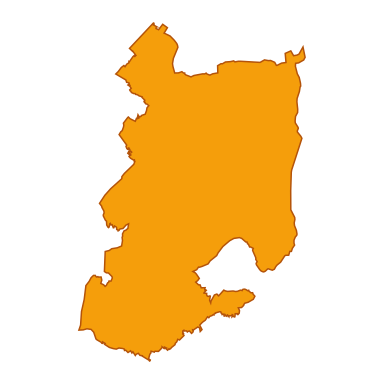 outline of Soledad Atzompa, Veracruz, Mexico
{"feature_id": "50627088B15412930906672", "entity_name": "Soledad Atzompa", "entity_type": "district", "adm_level": 2, "iso_a3": "MEX", "parent_name": "Mexico", "parent_adm1": "Veracruz", "projection": "robinson", "projection_center": [-97.186, 18.707], "detail": "fine", "context": "isolated", "style": "filled", "palette": "amber", "viewbox_px": 384, "rotation_deg": 0, "n_neighbors": 0, "source": "geoboundaries", "source_scale": "gbopen_adm2", "svg_char_len": 6002}
<svg xmlns="http://www.w3.org/2000/svg" viewBox="0 0 384 384"><path d="M113.3,348.6L116.3,349.1L118.9,348.0L122.7,348.5L124.2,349.0L124.5,350.5L125.7,350.2L128.0,352.5L130.6,350.8L131.9,353.0L132.9,351.8L135.3,355.5L136.2,354.2L138.3,353.3L140.0,355.4L142.3,355.7L142.2,356.1L149.0,360.2L149.5,361.0L150.1,360.7L150.3,360.0L148.6,358.8L149.8,354.3L150.8,353.1L151.1,351.2L154.3,352.1L154.5,351.5L155.3,351.3L158.5,351.4L161.0,348.9L162.1,347.4L162.1,346.8L163.7,348.2L164.0,347.7L164.4,348.1L164.5,347.1L166.6,348.1L165.9,348.7L167.6,350.2L169.0,348.8L169.5,349.3L170.7,348.6L171.4,347.6L175.0,344.7L175.3,343.3L176.8,341.8L177.7,339.3L179.5,340.0L184.0,335.5L183.4,334.5L183.6,333.5L183.4,333.2L182.7,333.6L182.8,331.0L183.8,330.3L183.9,331.0L186.6,330.9L187.3,332.0L188.1,331.4L189.5,331.0L191.5,333.4L192.8,332.3L193.3,330.9L192.7,330.3L192.6,329.7L193.5,329.9L197.8,327.0L199.6,327.9L200.2,331.5L202.0,329.6L199.7,325.1L202.5,322.2L205.3,320.2L207.5,316.8L208.8,317.7L209.9,316.3L212.0,315.6L212.7,314.9L213.8,314.9L213.6,314.5L215.6,313.2L215.5,312.9L219.8,311.7L220.8,311.9L221.2,313.2L221.7,313.4L222.1,314.6L223.2,314.1L223.7,314.5L224.2,316.1L225.3,315.8L225.3,315.0L225.8,315.7L226.8,316.3L227.2,315.1L227.5,314.9L228.9,316.7L229.0,315.8L231.7,315.7L232.2,314.6L232.7,314.9L232.2,316.7L233.1,316.0L234.2,317.0L234.9,316.8L235.2,313.7L237.5,313.7L237.4,314.5L237.9,314.6L239.2,313.2L239.5,310.6L238.3,307.8L241.6,307.5L243.7,305.4L243.8,304.6L244.8,303.2L248.1,302.3L253.3,299.3L254.9,296.2L253.2,294.3L252.6,292.7L251.0,292.8L249.0,291.1L248.7,290.3L248.0,290.8L245.6,289.4L244.2,289.1L242.8,289.4L242.1,290.6L241.0,290.1L240.0,290.3L237.5,291.3L235.6,291.5L233.1,291.0L227.6,291.4L225.3,290.9L223.8,290.1L218.6,295.9L218.0,295.5L217.5,294.4L216.6,294.1L214.4,295.0L211.0,301.1L210.7,302.9L209.6,300.3L210.3,296.2L210.0,295.9L208.1,296.4L207.3,296.1L206.6,294.8L206.7,293.4L204.0,293.1L204.1,292.6L206.3,290.3L205.7,289.8L204.8,289.9L204.7,289.0L205.1,287.7L201.2,287.8L200.1,284.9L198.5,284.8L195.7,282.1L197.7,280.6L199.3,278.4L196.4,274.1L195.2,272.8L192.9,271.5L196.7,269.7L198.5,267.1L199.6,267.2L202.1,266.4L208.1,263.9L210.1,260.9L216.7,255.6L218.1,252.8L222.9,246.5L229.7,240.7L233.9,238.4L239.4,237.6L241.7,238.4L245.8,242.0L247.1,242.1L247.5,243.8L248.4,244.2L249.6,247.0L250.4,246.9L253.3,248.4L252.6,250.0L252.7,250.6L255.8,257.8L255.8,259.5L257.2,261.7L256.5,262.6L256.1,263.7L256.5,264.9L259.7,269.6L261.1,271.0L262.9,271.8L263.8,271.9L265.3,271.2L267.6,269.0L268.2,268.8L272.3,270.2L274.4,269.2L275.8,266.6L277.1,265.0L280.6,262.2L284.8,255.8L285.7,255.3L288.7,255.2L289.8,251.4L291.4,251.4L292.4,248.3L294.6,245.1L294.0,243.2L294.0,240.2L295.3,237.0L296.7,235.4L297.0,234.1L296.4,230.4L294.5,225.6L294.2,222.9L294.9,219.4L294.7,217.4L290.8,209.8L290.7,190.5L291.3,172.2L291.7,169.9L301.9,138.3L300.7,136.1L297.4,132.0L297.3,130.9L298.3,128.4L298.1,127.4L295.3,122.9L295.1,120.9L295.5,116.5L297.6,112.5L297.7,109.2L296.9,101.7L297.1,98.5L299.4,91.5L300.1,87.0L300.7,86.1L300.5,83.2L299.2,77.4L297.3,73.8L295.4,66.3L295.6,63.3L298.6,62.9L303.7,60.0L305.1,57.3L303.0,47.0L299.0,54.1L297.0,55.1L293.6,55.7L290.8,50.9L285.2,53.4L286.0,62.5L281.6,63.1L277.0,65.4L276.4,65.4L274.7,62.3L270.6,60.5L268.4,60.6L264.5,59.9L260.1,62.4L241.0,61.3L238.2,61.3L234.9,61.9L233.7,60.9L230.6,61.6L225.4,62.0L222.4,63.8L221.0,63.7L217.6,65.7L217.8,72.9L212.7,73.8L209.9,75.1L207.1,74.1L206.1,73.1L204.8,73.9L202.4,73.9L193.9,75.5L191.0,76.9L185.8,74.9L184.9,74.2L184.7,73.0L183.6,73.1L181.9,71.7L178.5,72.9L174.7,73.0L172.9,66.3L172.5,63.6L173.4,58.3L177.9,47.3L177.5,45.3L176.8,43.6L174.3,40.3L170.1,36.0L164.1,33.1L167.4,27.7L162.7,24.3L158.6,29.7L156.0,28.5L156.3,26.8L156.8,26.8L153.4,24.9L154.1,24.1L153.8,23.1L153.4,23.0L129.5,48.4L132.5,51.3L132.7,51.1L135.2,54.4L135.0,54.7L135.9,55.4L134.8,56.5L133.9,55.8L132.9,56.7L129.2,62.0L128.9,61.7L128.8,62.9L126.9,64.0L125.0,66.7L123.9,65.5L121.3,67.5L118.2,71.6L115.8,74.0L125.9,80.0L126.6,82.3L128.9,82.8L129.2,83.8L127.9,85.0L129.1,85.8L129.7,85.1L130.1,85.8L129.7,86.2L131.2,88.3L129.7,89.9L130.2,90.9L130.9,91.3L131.4,92.5L133.8,93.6L135.2,93.6L135.6,94.4L137.4,94.7L139.1,95.9L142.1,96.8L142.0,97.4L144.8,100.2L144.2,101.1L144.9,102.3L144.5,102.3L145.8,103.9L147.0,104.1L148.8,105.7L147.0,107.8L146.5,110.6L145.2,114.2L141.4,115.5L141.2,116.2L139.8,116.9L138.7,116.0L138.0,114.8L137.5,117.1L138.5,117.3L138.8,118.1L137.2,118.7L137.2,118.3L136.5,118.3L135.3,121.3L130.0,118.7L128.4,117.0L127.8,117.4L123.4,123.2L123.8,125.1L123.5,127.0L122.2,130.6L120.7,131.9L119.1,134.6L126.7,145.1L126.0,146.4L126.8,148.5L127.6,149.3L128.4,149.4L128.3,148.2L128.8,147.9L129.9,149.7L129.9,150.7L131.1,151.4L132.1,152.6L130.1,151.6L128.7,151.4L128.7,152.0L129.2,152.0L129.3,153.1L128.1,152.7L127.8,153.3L129.0,154.3L130.1,153.8L130.6,154.0L130.8,155.1L129.7,155.5L129.0,156.5L130.6,158.3L133.6,160.1L134.3,159.9L134.2,161.1L134.9,161.3L133.8,164.3L124.3,173.5L121.9,176.6L121.8,178.7L110.8,188.6L104.9,195.2L99.5,203.4L101.6,206.1L102.0,207.6L103.9,211.0L104.1,213.0L103.3,214.8L103.3,215.9L105.4,220.2L106.5,221.2L106.7,225.0L108.0,227.2L108.6,227.6L109.2,226.9L109.8,223.6L110.3,223.3L111.1,225.0L112.2,224.7L113.3,227.8L113.8,227.8L114.5,226.0L116.2,227.0L116.6,227.7L116.7,229.5L117.7,229.7L118.1,230.9L119.0,230.4L119.9,229.0L123.0,228.5L126.1,225.0L128.6,223.8L127.9,228.4L125.8,230.2L124.1,230.8L122.5,233.9L122.6,236.2L122.1,237.3L122.5,240.6L121.6,246.0L117.3,247.8L111.8,248.7L109.2,250.5L105.2,251.5L104.4,271.5L106.3,272.8L108.5,273.0L112.0,276.6L112.3,278.1L111.0,281.1L109.0,281.0L108.6,282.3L107.6,282.9L106.4,285.3L105.1,286.4L103.7,284.8L100.8,283.4L101.8,280.1L101.1,277.0L98.4,277.1L97.9,276.6L96.8,277.1L95.8,276.4L95.3,275.4L93.5,275.4L91.1,277.7L89.2,281.3L85.9,285.6L84.2,299.5L81.5,311.5L80.6,325.1L78.9,330.1L83.1,329.9L86.9,328.8L91.1,329.4L93.7,332.2L96.0,339.0L96.9,339.8L101.2,342.3L101.9,343.3L102.8,343.4L102.8,342.0L105.2,343.5L104.7,344.4L109.3,347.4L113.3,348.6Z" fill="#f59e0b" stroke="#b45309" stroke-width="1.5"/></svg>